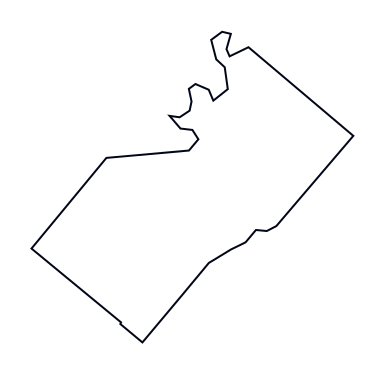 Sharkey, Mississippi, United States of America, rotated 220°
{"feature_id": "52423323B93324902631491", "entity_name": "Sharkey", "entity_type": "district", "adm_level": 2, "iso_a3": "USA", "parent_name": "United States of America", "parent_adm1": "Mississippi", "projection": "robinson", "projection_center": [-90.779, 32.88], "detail": "fine", "context": "isolated", "style": "outline", "palette": "ink", "viewbox_px": 384, "rotation_deg": 220, "n_neighbors": 0, "source": "geoboundaries", "source_scale": "gbopen_adm2", "svg_char_len": 593}
<svg xmlns="http://www.w3.org/2000/svg" viewBox="0 0 384 384"><g transform="rotate(220 192 192)"><path d="M133.3,105.6L133.5,148.5L125.2,173.0L118.6,187.9L118.6,204.0L109.6,210.2L105.5,220.1L104.5,338.7L241.8,339.2L250.4,320.1L257.4,323.6L263.9,338.1L271.9,334.1L275.1,320.9L258.7,309.2L247.1,308.6L230.7,293.8L234.4,275.7L244.9,281.1L258.8,276.9L260.7,269.0L250.5,261.0L246.1,252.8L249.5,241.3L258.1,235.9L241.6,233.2L231.6,239.8L221.0,236.5L221.0,221.8L279.5,163.1L278.6,45.5L253.8,45.7L162.5,46.5L162.0,44.8L133.3,44.9L133.3,105.6Z" fill="none" stroke="#020617" stroke-width="2"/></g></svg>